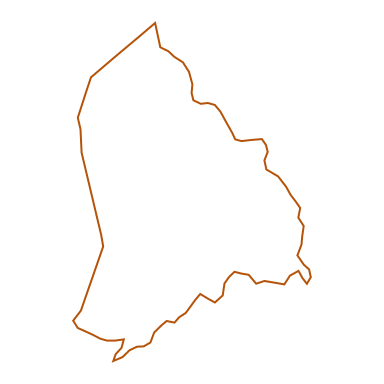 outline of Malhador, Sergipe, Brazil
{"feature_id": "56859067B70433157537378", "entity_name": "Malhador", "entity_type": "district", "adm_level": 2, "iso_a3": "BRA", "parent_name": "Brazil", "parent_adm1": "Sergipe", "projection": "robinson", "projection_center": [-37.277, -10.67], "detail": "fine", "context": "isolated", "style": "outline", "palette": "amber", "viewbox_px": 384, "rotation_deg": 0, "n_neighbors": 0, "source": "geoboundaries", "source_scale": "gbopen_adm2", "svg_char_len": 1160}
<svg xmlns="http://www.w3.org/2000/svg" viewBox="0 0 384 384"><path d="M185.7,313.0L195.4,299.8L200.2,294.0L208.2,298.8L214.9,302.5L222.7,295.4L224.5,283.4L229.2,276.8L234.5,271.8L241.6,273.6L248.7,274.8L256.2,283.7L264.3,281.0L274.1,282.6L284.3,284.4L290.0,275.6L298.5,270.9L302.4,278.0L306.9,283.8L310.8,277.2L309.1,269.4L303.9,264.8L297.4,255.4L301.5,244.6L302.2,236.5L303.7,226.0L298.3,217.6L300.2,208.0L295.4,201.1L290.7,195.0L286.2,186.9L278.1,176.4L266.4,169.5L264.4,160.4L267.7,151.9L266.0,145.0L261.9,139.1L251.9,139.9L241.4,141.1L235.2,139.3L232.3,133.0L227.1,123.8L220.4,111.6L214.9,105.0L207.9,103.0L200.8,103.8L193.4,100.3L191.6,93.1L192.4,84.3L189.0,71.9L182.9,62.3L174.4,56.9L168.3,51.2L160.3,47.3L155.1,23.0L139.7,36.1L114.1,57.6L91.0,77.3L86.6,90.4L77.8,117.7L80.5,129.2L81.6,152.6L101.2,235.0L103.2,246.5L92.0,278.7L80.9,310.6L73.2,320.7L77.8,328.0L84.6,331.0L92.6,334.7L100.1,338.6L106.9,340.6L115.0,340.6L123.8,339.4L121.5,347.9L115.7,354.1L113.3,361.0L122.5,357.1L129.5,350.3L137.0,346.7L143.7,346.4L150.4,342.5L154.2,332.5L161.6,325.2L166.7,321.0L174.5,322.6L179.2,317.2L185.7,313.0Z" fill="none" stroke="#b45309" stroke-width="2"/></svg>